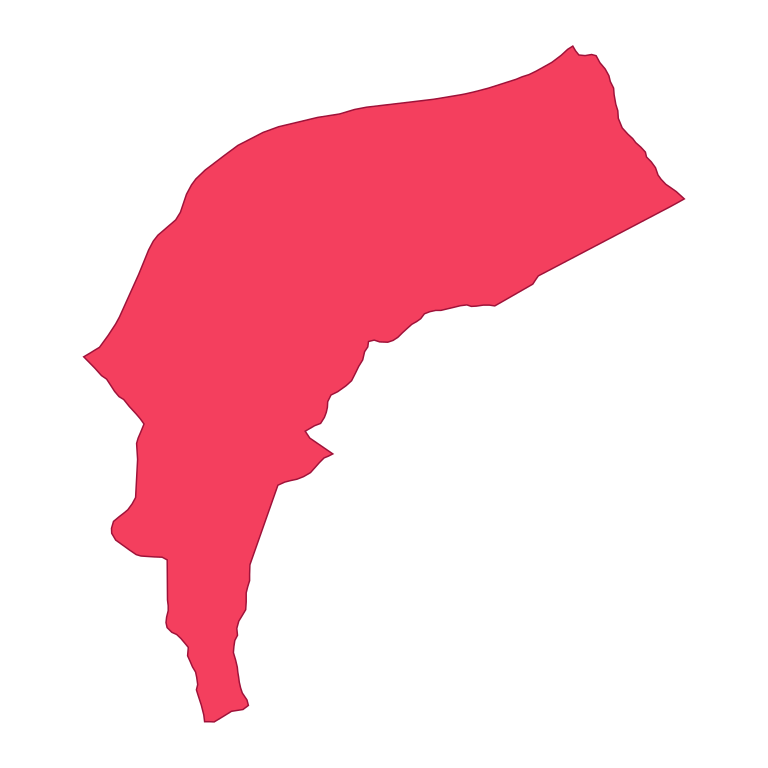 outline of Ilha Solteira, São Paulo, Brazil
{"feature_id": "56859067B71578707169668", "entity_name": "Ilha Solteira", "entity_type": "district", "adm_level": 2, "iso_a3": "BRA", "parent_name": "Brazil", "parent_adm1": "São Paulo", "projection": "albers", "projection_center": [-51.268, -20.481], "detail": "fine", "context": "isolated", "style": "filled", "palette": "rose", "viewbox_px": 768, "rotation_deg": 0, "n_neighbors": 0, "source": "geoboundaries", "source_scale": "gbopen_adm2", "svg_char_len": 2575}
<svg xmlns="http://www.w3.org/2000/svg" viewBox="0 0 768 768"><path d="M248.4,705.4L247.0,700.0L242.3,693.0L240.6,687.9L239.3,682.2L238.6,676.9L237.8,672.1L237.3,667.2L235.6,660.0L233.4,652.6L233.9,646.5L234.8,640.5L237.5,635.3L236.8,628.4L238.8,621.1L242.0,615.9L245.7,609.7L246.2,601.8L246.2,592.8L247.7,586.8L249.6,580.7L249.6,574.4L249.9,564.8L277.9,485.2L284.7,482.1L290.5,480.6L297.0,479.2L303.6,476.6L310.5,472.6L319.4,462.6L324.1,457.9L328.5,456.1L332.8,453.9L309.8,438.1L305.2,431.2L314.6,425.7L320.6,423.4L324.4,417.4L326.3,412.3L327.4,407.3L327.7,401.7L331.0,395.0L337.7,391.7L346.1,385.7L351.6,380.7L355.5,373.0L358.7,366.4L362.7,359.9L364.6,351.7L367.8,346.9L368.5,341.5L374.2,340.1L379.7,341.9L387.8,342.2L393.1,340.4L398.0,337.2L402.4,332.8L407.1,328.5L411.8,324.3L416.9,321.4L420.7,318.7L424.4,313.8L429.8,311.7L435.7,310.4L440.9,310.4L446.7,309.0L453.5,307.4L460.4,305.7L466.9,304.9L471.3,306.4L476.5,306.1L483.4,305.1L489.3,305.1L494.8,305.9L532.8,284.1L535.6,279.8L538.3,275.9L671.5,206.0L684.3,198.9L676.4,191.7L670.5,187.5L665.8,184.3L661.1,179.3L658.0,175.0L655.5,167.7L651.3,161.9L646.5,157.0L645.4,152.1L640.9,147.2L635.7,142.6L632.8,138.7L627.9,134.2L622.2,127.9L618.3,118.3L617.8,110.7L615.8,104.3L614.1,94.6L613.6,88.1L610.3,81.5L608.9,75.7L605.2,69.0L599.9,62.7L596.1,55.7L591.6,54.5L585.1,55.6L578.9,55.0L575.6,50.9L572.8,46.1L567.7,49.3L561.2,55.3L551.8,62.4L536.2,71.1L529.0,74.6L522.1,76.8L516.1,79.3L488.2,88.2L473.2,92.1L465.3,93.9L460.6,94.8L433.4,99.3L366.5,107.2L354.5,109.5L339.4,114.0L317.7,117.4L278.7,126.7L263.1,132.4L237.9,145.4L224.8,155.1L205.1,170.1L195.9,178.9L191.5,184.9L186.5,194.2L180.4,212.3L175.7,219.9L157.9,235.2L153.3,241.1L148.6,250.0L143.9,261.6L138.7,274.3L119.5,316.9L115.7,323.9L108.1,335.5L99.5,347.3L95.0,350.0L90.0,353.1L83.7,356.8L94.6,367.9L101.5,375.6L106.6,379.1L111.0,385.8L114.6,391.4L119.0,396.6L123.7,399.5L129.3,406.5L136.3,414.1L140.2,418.7L144.0,424.0L140.8,431.9L138.1,438.2L136.6,443.4L137.6,459.5L135.6,497.5L132.2,503.8L127.8,509.8L123.7,513.2L119.4,516.5L113.5,521.4L111.5,528.3L111.7,533.3L115.7,540.1L122.8,545.2L130.0,550.4L136.2,554.6L140.9,556.0L146.5,556.4L154.2,556.9L162.1,557.2L167.2,559.9L167.5,600.0L168.2,605.7L168.2,610.7L166.6,617.1L166.0,622.6L167.1,627.6L171.8,632.3L176.7,634.5L180.8,638.4L184.6,642.9L188.3,647.4L187.6,655.8L190.0,661.1L192.5,666.9L195.6,672.1L196.7,677.4L197.7,684.6L196.4,689.8L198.1,695.3L201.3,705.1L203.8,715.0L204.6,721.7L209.3,721.7L214.2,721.9L223.3,716.4L231.5,711.3L243.0,709.5L248.4,705.4Z" fill="#f43f5e" stroke="#9f1239" stroke-width="1.5"/></svg>